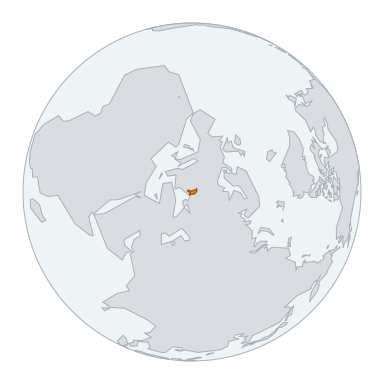 globe centered on Moldova, rotated 102°
{"feature_id": "MDA", "entity_name": "Moldova", "entity_type": "country or territory", "adm_level": 0, "iso_a3": "MDA", "parent_name": "Europe", "parent_adm1": "", "projection": "orthographic", "projection_center": [28.535, 46.964], "detail": "fine", "context": "on_globe", "style": "filled", "palette": "amber", "viewbox_px": 384, "rotation_deg": 102, "n_neighbors": 0, "source": "natural_earth", "source_scale": "50m", "svg_char_len": 11869}
<svg xmlns="http://www.w3.org/2000/svg" viewBox="0 0 384 384"><g transform="rotate(102 192 192)"><circle cx="192" cy="192" r="169" fill="#eef3f6" stroke="#a8b0b8"/><path d="M131.8,34.1L133.4,33.5L141.2,32.6L136.4,33.9L138.9,33.9L145.1,32.3L148.5,31.4L165.3,31.8L185.8,31.3L192.4,29.7L190.8,31.5L203.5,27.9L214.7,28.3L201.9,28.8L200.5,29.8L208.0,30.4L208.2,31.5L212.0,32.6L211.5,34.1L204.1,34.7L203.6,35.8L209.0,36.2L211.9,38.2L204.1,37.4L208.4,40.9L196.8,43.4L176.3,41.5L169.6,45.4L148.0,50.6L149.8,51.9L142.8,55.2L142.2,58.0L138.4,58.5L141.2,60.4L144.9,59.5L147.3,60.1L147.4,61.8L142.4,62.6L141.7,61.8L140.3,63.0L137.8,62.7L139.0,63.8L133.1,64.8L138.9,66.4L134.1,69.4L130.2,69.4L130.7,66.0L122.9,58.7L119.1,58.3L113.2,60.8L101.7,72.3L97.5,73.5L91.6,77.6L93.8,78.3L99.3,75.4L102.0,78.1L108.3,74.6L110.4,75.3L116.8,73.5L115.7,77.5L111.1,82.6L105.7,84.5L103.5,87.0L108.5,88.5L98.4,95.6L91.5,106.9L88.8,108.6L84.0,105.3L84.3,96.6L78.0,93.8L81.9,99.6L75.3,104.2L74.1,106.9L74.4,109.1L76.8,109.1L74.5,111.7L69.8,106.5L71.8,104.0L73.3,105.6L73.4,101.7L70.2,98.8L67.1,101.7L65.5,95.5L63.3,97.6L61.7,97.7L65.4,94.6L58.8,100.2L56.4,96.0L47.4,106.7L56.5,93.9L59.9,88.7L63.2,83.7L61.7,85.3L68.1,77.4L69.7,75.4L78.7,66.7L88.3,58.6L98.4,51.3L109.1,44.8L120.2,39.0L131.8,34.1ZM30.4,142.8L29.7,145.6L28.0,151.5L30.4,142.8ZM27.8,152.0L28.6,149.9L27.0,156.7L26.0,169.7L25.6,170.1L24.4,189.2L26.1,205.2L26.5,213.1L26.0,214.6L27.3,219.9L27.3,222.0L35.0,243.0L41.1,257.3L42.4,264.1L40.3,264.7L43.0,271.7L37.6,260.6L33.0,249.2L29.3,237.4L26.4,225.4L24.4,213.2L23.3,201.0L23.1,188.6L23.8,176.3L25.4,164.1L27.8,152.0ZM45.2,109.5L37.4,126.5L39.5,120.3L39.5,120.6L42.0,115.5L45.8,108.0L48.2,103.3L45.2,109.5ZM47.0,109.3L48.2,106.9L47.4,108.9L47.0,109.3ZM150.1,30.8L145.2,32.2L139.5,33.4L143.6,32.0L150.1,30.8ZM160.8,29.7L158.6,30.4L156.1,29.9L158.1,29.6L160.8,29.7ZM197.1,28.5L193.1,28.5L196.9,28.1L197.1,28.5ZM212.6,32.5L213.6,32.2L215.1,32.9L212.6,32.5ZM117.0,71.4L116.9,72.4L115.7,72.2L117.0,71.4ZM119.9,69.7L118.6,68.8L119.8,67.9L120.6,68.5L119.9,69.7ZM215.8,35.9L217.9,37.4L214.5,36.0L215.8,35.9ZM121.1,71.1L122.1,66.4L124.2,64.9L128.8,65.9L121.1,71.1ZM218.2,38.3L223.3,42.1L226.1,41.6L221.0,45.4L218.4,40.7L213.8,39.0L217.2,39.2L218.2,38.3ZM146.0,58.4L142.2,59.5L145.4,57.1L146.0,58.4ZM147.5,56.8L153.8,49.2L159.5,48.6L156.2,51.2L163.6,49.5L163.3,53.0L159.2,54.7L155.5,54.3L158.2,55.9L147.5,56.8ZM217.3,47.1L217.4,48.2L215.9,47.2L217.3,47.1ZM148.6,60.1L149.4,58.5L154.4,57.9L153.7,61.0L152.3,60.2L148.6,60.1ZM165.7,47.5L169.3,47.7L170.1,50.6L171.6,51.1L163.8,53.0L165.7,47.5ZM151.2,61.2L153.3,62.7L150.9,64.6L148.2,61.7L151.2,61.2ZM155.9,56.5L158.3,56.4L156.8,57.4L155.9,56.5ZM143.8,72.5L144.6,70.4L147.2,69.8L143.8,72.5ZM154.2,63.1L155.0,62.5L156.2,62.1L157.0,63.4L154.2,63.1ZM164.8,55.0L164.4,56.2L168.1,54.3L168.7,56.5L163.4,57.5L166.0,58.0L166.2,58.7L161.7,58.8L164.8,55.0ZM161.4,63.7L154.8,66.0L152.7,70.0L150.3,70.5L154.1,64.1L161.4,63.7ZM161.9,60.8L161.0,62.7L158.4,62.3L157.5,60.7L161.9,60.8ZM171.1,57.8L171.4,54.1L172.6,54.0L171.1,57.8ZM161.3,64.9L162.8,64.4L161.4,65.3L161.3,64.9ZM168.7,60.0L168.6,58.7L169.9,58.6L168.7,60.0ZM166.0,64.5L163.9,65.1L163.2,64.1L166.0,64.5ZM167.6,62.5L169.4,62.8L164.2,63.2L167.4,61.9L167.6,62.5ZM169.9,60.2L170.7,59.7L169.7,60.8L169.9,60.2ZM170.0,68.4L163.5,69.3L161.9,66.8L168.4,66.2L170.0,68.4ZM83.6,271.8L74.1,245.4L79.1,239.6L80.2,229.3L114.4,207.2L121.5,212.4L148.2,214.9L151.5,217.0L148.2,225.4L168.0,239.1L174.7,232.4L193.0,238.8L205.2,238.1L210.0,221.4L189.9,222.2L186.6,214.0L202.9,206.2L220.5,205.6L219.8,202.4L208.8,196.2L213.1,189.7L205.1,193.5L208.2,196.7L203.3,199.3L200.1,196.6L201.7,194.3L196.5,193.1L190.1,204.9L192.6,209.4L178.7,211.2L181.5,219.0L177.7,222.4L171.5,210.6L172.3,206.3L160.7,192.5L158.7,197.1L169.5,210.5L166.0,209.2L163.3,216.1L162.6,209.9L151.4,194.5L139.0,194.7L122.9,208.3L115.7,207.3L109.8,201.3L116.1,184.5L131.4,188.8L133.8,183.5L131.0,173.7L135.9,176.0L136.7,172.7L142.5,173.9L151.0,167.6L157.0,168.1L160.6,158.2L164.2,157.2L161.0,163.2L162.0,167.9L176.8,169.2L179.8,167.3L181.0,160.9L184.9,162.3L184.2,156.0L192.9,153.8L181.6,151.3L182.7,144.4L188.1,139.3L186.5,136.7L177.7,145.1L176.0,148.9L177.7,152.8L171.4,163.5L166.2,164.7L165.2,152.3L157.8,152.9L160.3,143.4L182.5,125.8L191.6,122.7L206.0,131.7L203.8,136.2L197.4,135.0L203.0,142.3L202.7,138.7L205.9,140.0L207.8,134.2L210.2,134.9L207.9,128.3L211.1,128.5L212.5,132.7L217.9,124.8L224.6,123.9L224.7,121.8L222.9,119.8L232.5,120.3L232.1,118.8L228.8,118.0L225.9,114.5L224.6,108.7L228.0,109.2L229.0,111.4L236.1,116.8L238.1,122.8L239.3,122.5L238.4,117.4L229.7,110.7L228.0,107.1L232.4,109.7L230.7,108.4L230.9,106.8L234.2,105.8L229.5,102.8L226.9,85.8L233.2,82.5L237.5,86.4L239.3,76.3L246.2,74.1L243.2,73.3L242.0,68.4L239.8,68.9L238.2,68.2L234.1,56.8L235.8,54.8L230.6,49.7L229.0,49.4L227.5,50.5L221.0,45.4L226.1,41.6L229.4,42.5L230.4,39.9L237.8,42.4L244.4,43.6L252.0,48.4L256.5,49.2L256.4,48.1L262.5,48.7L275.5,54.3L265.6,54.5L246.2,48.8L254.1,51.3L252.5,52.3L255.5,54.2L261.1,56.1L261.6,55.3L271.6,67.6L285.5,77.5L284.1,72.2L287.4,71.5L301.9,79.9L320.3,103.4L324.9,104.2L327.9,107.2L330.1,112.8L325.7,108.5L324.2,110.4L321.4,107.3L323.4,115.4L319.4,111.4L322.9,119.9L326.1,121.2L325.8,115.3L330.5,124.9L335.5,125.2L340.6,131.5L347.6,152.6L347.9,165.4L348.8,168.2L346.6,169.3L347.2,178.5L354.2,184.4L355.3,188.3L354.5,203.0L353.9,200.5L347.9,203.3L349.4,213.8L354.0,213.9L355.7,219.9L353.3,222.8L351.3,217.9L349.1,218.6L347.8,210.1L342.5,201.5L339.9,209.1L338.4,204.1L330.7,199.3L326.0,209.9L319.7,233.9L321.8,247.2L318.3,256.3L306.8,244.2L301.5,232.6L297.5,236.7L285.6,230.6L265.5,239.3L262.5,236.5L258.7,239.8L250.3,238.6L245.7,233.4L240.7,235.3L252.9,248.7L258.3,246.6L262.6,238.6L265.1,243.8L273.1,245.9L264.6,263.2L234.5,283.2L231.5,273.4L207.8,246.1L208.5,242.4L208.4,242.0L208.1,241.3L206.1,247.4L201.9,241.5L214.7,262.1L216.9,270.8L234.1,283.9L232.5,285.8L238.0,287.8L255.4,279.5L255.6,282.8L247.4,299.8L223.2,322.4L226.4,332.2L224.5,340.2L209.3,346.5L210.6,351.0L202.7,353.0L202.2,355.1L195.8,357.3L185.3,358.7L167.3,357.3L166.3,355.9L157.3,351.5L145.0,338.3L149.5,332.8L147.9,327.0L135.0,310.5L137.8,302.6L134.3,298.0L127.2,297.1L123.1,291.4L118.8,289.9L91.8,282.2L83.6,271.8ZM102.5,222.5L101.5,225.6L102.5,222.5ZM239.3,213.2L249.7,211.2L244.7,201.6L248.3,200.1L245.3,197.5L244.3,200.9L236.9,193.6L241.3,189.2L239.9,184.7L236.3,185.3L229.5,194.6L240.0,205.0L237.7,210.0L239.3,213.2ZM26.0,170.0L25.7,172.9L25.7,170.8L26.0,170.0ZM38.5,121.7L37.5,124.4L36.5,126.7L37.1,125.0L38.5,121.7ZM32.6,143.9L31.9,147.5L32.1,144.8L32.6,143.9ZM36.5,129.1L33.0,141.2L33.4,136.8L35.7,129.4L34.8,133.0L36.5,129.1ZM45.0,111.3L44.1,113.3L43.5,113.9L45.0,111.3ZM46.4,110.8L46.6,110.3L47.6,108.7L46.4,110.8ZM75.6,104.5L75.9,105.0L75.6,107.6L74.6,107.0L75.6,104.5ZM81.1,116.5L77.3,120.5L79.3,117.1L77.2,116.7L78.8,109.4L87.6,109.1L83.3,110.4L81.1,116.5ZM83.4,100.0L81.4,104.4L83.3,99.6L83.4,100.0ZM135.1,154.4L136.9,157.3L134.5,160.7L127.0,161.1L130.4,156.0L135.1,154.4ZM140.1,160.7L141.3,148.7L146.0,148.3L143.1,150.5L146.2,151.4L142.4,155.3L145.8,166.9L143.9,170.8L131.0,168.8L136.3,167.2L134.1,164.3L140.1,160.7ZM135.8,122.1L136.4,117.8L145.9,122.3L144.3,125.9L136.7,126.3L134.1,122.3L135.8,122.1ZM129.0,74.3L128.6,72.9L130.0,72.6L131.5,73.5L129.0,74.3ZM143.9,71.6L132.2,80.0L131.2,78.8L125.6,85.6L120.7,85.3L124.4,80.8L116.4,85.8L117.9,81.6L112.8,85.5L121.7,75.6L122.7,72.3L123.5,76.0L128.0,76.4L130.2,75.6L137.3,70.9L141.6,64.4L146.8,64.1L149.3,65.6L149.1,67.1L145.8,66.7L147.8,69.0L142.9,69.7L143.9,71.6ZM175.8,87.8L172.1,86.0L175.3,92.2L170.4,92.3L171.1,93.0L167.4,95.0L164.2,98.6L162.0,98.1L161.7,99.8L159.2,101.2L158.1,103.4L153.7,103.3L151.9,106.1L150.9,104.5L149.0,109.3L148.4,105.8L145.2,107.5L147.4,110.0L126.8,106.0L118.5,107.7L111.9,111.2L111.9,105.0L118.0,98.1L127.1,92.0L135.0,91.5L133.5,89.0L136.9,88.1L136.7,90.4L139.1,86.4L141.8,86.3L149.8,81.9L151.6,76.4L154.6,74.9L155.2,77.0L157.7,73.9L161.0,77.0L163.2,76.0L168.6,78.2L168.6,83.1L171.0,81.7L175.2,83.5L175.8,87.8ZM171.4,69.1L172.5,74.6L170.3,77.5L161.8,72.6L159.4,73.1L153.9,70.4L157.1,66.3L158.4,67.4L160.4,67.6L158.6,68.8L161.5,68.0L163.4,69.5L166.2,69.4L165.8,71.2L171.4,69.1ZM155.4,214.2L158.0,215.0L162.1,215.2L160.5,219.6L155.4,214.2ZM147.6,203.9L149.9,203.7L149.6,209.7L147.0,209.1L147.6,203.9ZM151.5,198.7L150.1,203.2L149.2,200.4L151.5,198.7ZM163.2,162.8L165.8,162.4L165.9,164.0L164.4,166.1L163.2,162.8ZM184.4,107.4L182.6,105.6L183.4,104.8L182.6,99.7L186.2,99.3L188.1,102.3L184.4,107.4ZM206.4,224.5L202.8,228.0L201.0,226.5L202.6,225.6L206.4,224.5ZM180.4,224.6L186.3,226.9L179.9,225.8L180.4,224.6ZM188.1,106.1L187.4,104.0L189.6,105.2L188.1,106.1ZM188.7,98.9L191.4,99.7L186.5,98.7L188.7,98.9ZM252.9,332.8L240.8,346.8L232.9,348.6L231.8,346.0L236.5,338.2L245.7,333.9L250.3,329.1L252.9,332.8ZM357.5,226.1L356.7,229.4L355.3,233.7L356.1,230.4L358.3,221.6L358.5,220.8L357.5,226.1ZM356.0,230.8L353.3,234.0L346.5,229.5L349.0,225.6L355.4,223.1L355.1,225.6L356.8,224.7L356.0,230.8ZM360.2,208.4L359.6,212.9L359.0,215.7L358.6,211.7L358.8,207.0L359.5,204.1L359.7,181.1L360.2,179.7L360.7,188.1L360.9,189.2L360.8,199.2L360.8,200.2L360.2,208.4ZM322.5,247.9L326.3,252.7L324.1,255.9L322.5,247.9ZM358.1,168.4L359.1,178.1L357.6,167.2L358.1,168.4ZM356.2,159.7L357.0,161.9L356.2,161.4L356.2,159.7ZM350.4,171.7L349.8,175.5L349.0,173.8L349.2,168.1L350.4,171.7ZM344.6,137.0L347.6,142.1L348.6,144.4L346.8,142.8L344.6,137.0ZM217.7,102.6L214.8,109.9L215.1,115.5L219.0,118.8L212.3,117.4L211.8,108.9L217.7,102.6ZM225.4,87.7L222.0,85.1L224.2,84.4L225.3,84.9L225.4,87.7ZM222.8,87.4L217.2,87.8L215.7,85.3L220.5,85.4L222.8,87.4ZM202.7,96.6L201.6,98.7L199.8,97.6L202.7,96.6ZM358.9,166.0L358.7,165.5L359.3,170.3L357.3,157.9L358.0,160.3L358.9,166.0ZM357.5,159.9L358.2,164.4L356.9,157.8L357.5,159.9ZM357.9,163.8L357.1,161.2L357.0,159.2L357.9,163.8ZM357.3,158.4L355.8,152.9L356.5,154.6L357.3,158.4ZM354.9,155.7L356.2,155.3L355.9,160.0L352.1,150.9L351.9,147.9L354.9,155.7ZM329.7,103.7L327.6,102.0L326.3,98.9L328.1,101.0L329.7,103.7ZM320.4,88.3L325.3,97.6L329.0,105.6L329.6,104.9L333.5,110.3L330.7,109.2L325.5,100.7L323.4,95.4L319.7,91.5L316.0,86.1L311.5,82.9L308.8,79.8L312.2,81.2L320.4,88.3ZM309.7,81.7L300.6,75.3L299.8,71.6L301.6,72.1L306.1,76.6L306.3,78.2L309.7,81.7ZM298.1,72.7L298.2,74.4L284.8,70.5L281.8,68.9L291.6,69.3L292.1,71.0L295.5,72.8L298.1,72.7ZM219.2,48.2L217.6,48.2L218.5,47.5L219.2,48.2ZM237.0,68.7L235.1,67.5L236.2,66.5L237.0,68.7ZM230.2,64.0L230.3,65.9L228.8,63.6L230.2,64.0ZM230.8,70.4L229.7,66.6L232.8,70.5L230.8,70.4Z" fill="#d9dde1" stroke="#a8b0b8" stroke-width="1"/><path d="M188.2,188.1L188.3,188.0L188.7,187.8L188.8,187.8L189.0,187.8L189.4,187.8L189.7,187.7L189.8,187.7L190.1,187.5L190.4,187.6L190.6,187.7L190.7,187.9L190.9,188.0L191.0,188.0L191.3,188.2L191.5,188.2L191.6,188.3L191.6,188.5L191.8,188.5L192.0,188.5L192.5,188.6L192.7,189.0L192.8,189.1L193.0,189.1L193.3,189.3L193.3,189.6L193.3,189.9L193.2,190.2L193.2,190.3L193.2,190.5L193.3,190.6L193.6,190.8L193.8,191.0L194.0,191.0L194.0,191.3L194.0,191.5L194.1,191.9L194.1,192.0L194.4,192.2L194.7,192.4L194.8,192.5L194.8,193.0L195.2,193.6L194.7,193.8L194.5,193.5L194.4,193.5L194.2,193.7L193.9,193.5L193.7,193.5L193.4,193.7L193.4,193.3L193.2,193.3L192.9,193.5L192.8,193.8L192.8,194.0L193.0,194.3L192.9,194.5L192.6,194.9L192.4,195.0L192.4,195.3L192.3,195.5L192.1,195.6L191.9,195.8L191.9,196.0L192.0,196.1L191.9,196.2L191.9,196.3L191.5,196.3L191.4,196.4L191.3,196.5L191.2,196.3L191.1,196.1L191.2,195.9L191.2,195.7L191.1,195.4L191.1,195.2L191.1,194.9L191.2,194.4L191.3,193.8L191.4,193.5L191.4,193.3L191.4,193.0L191.3,192.8L191.2,192.5L191.1,192.0L190.9,191.8L190.6,191.6L190.5,191.4L190.5,191.2L190.3,191.0L190.2,190.9L190.0,190.5L189.9,190.3L189.8,190.2L189.6,190.0L189.5,189.8L189.5,189.6L189.4,189.4L189.3,189.0L189.1,188.8L189.0,188.6L188.9,188.5L188.8,188.3L188.6,188.2L188.4,188.1L188.2,188.1Z" fill="#f59e0b" stroke="#b45309" stroke-width="1.5"/></g></svg>